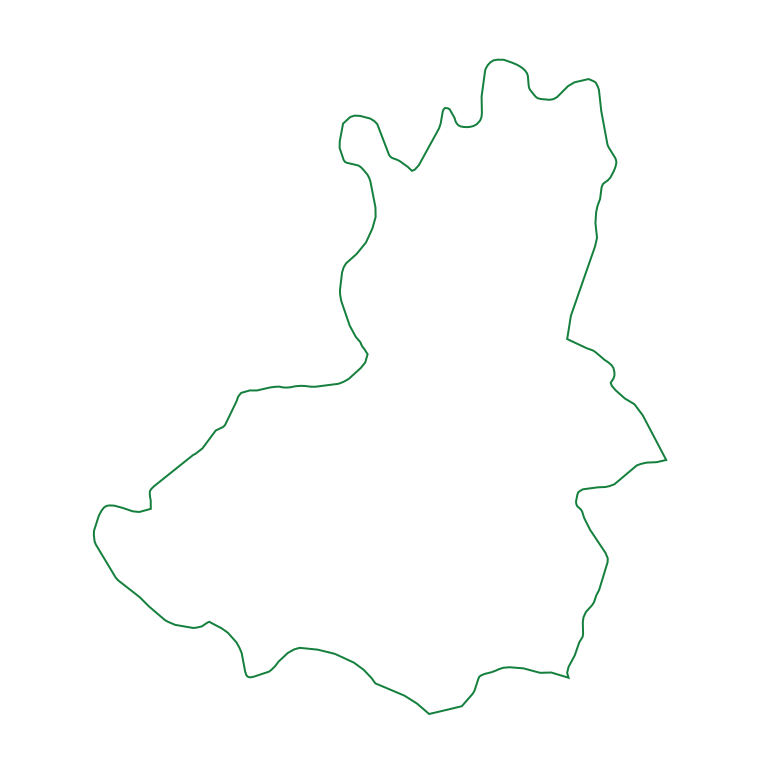 outline of Wardak, rotated 92°
{"feature_id": "AFG-1774", "entity_name": "Wardak", "entity_type": "Province", "adm_level": 1, "iso_a3": "AFG", "parent_name": "Afghanistan", "parent_adm1": "", "projection": "equal_earth", "projection_center": [68.09, 34.238], "detail": "fine", "context": "isolated", "style": "outline", "palette": "green", "viewbox_px": 768, "rotation_deg": 92, "n_neighbors": 0, "source": "natural_earth", "source_scale": "10m", "svg_char_len": 3481}
<svg xmlns="http://www.w3.org/2000/svg" viewBox="0 0 768 768"><g transform="rotate(92 384 384)"><path d="M671.1,189.3L666.5,206.8L667.2,217.9L663.3,234.8L662.7,248.6L663.4,254.7L664.9,259.0L666.5,262.2L668.3,266.5L670.2,273.2L671.6,276.4L673.2,278.5L675.3,279.4L687.5,282.9L690.3,284.4L703.3,295.0L710.1,319.6L712.2,327.4L702.2,339.9L694.7,352.8L683.5,382.2L678.3,386.2L670.2,394.5L663.5,404.4L655.4,423.7L651.8,441.0L650.6,459.1L652.5,464.8L656.2,470.8L665.0,479.6L669.9,483.0L673.8,486.8L675.5,488.9L681.1,504.1L681.8,507.0L681.8,507.9L681.3,509.9L679.8,511.4L676.4,512.7L658.0,516.8L652.6,519.3L647.4,522.4L638.1,531.3L633.8,537.8L628.7,548.5L627.8,549.9L627.9,550.7L628.6,552.1L632.6,557.6L633.9,562.3L634.5,566.1L632.0,584.3L629.1,591.8L627.5,594.8L614.7,610.9L605.5,620.8L589.4,643.0L586.8,645.4L554.5,666.4L551.2,667.8L544.9,668.7L540.8,668.7L525.6,664.4L520.6,662.0L517.2,659.5L516.2,658.1L515.5,657.0L514.9,653.8L515.0,649.3L516.9,641.0L520.0,630.7L520.3,626.7L520.4,623.9L516.9,612.7L508.3,613.1L504.9,613.9L501.1,614.3L499.2,614.2L497.0,612.9L494.4,610.5L461.7,572.4L460.3,569.9L454.7,563.2L436.4,550.6L432.4,543.1L430.5,541.4L406.5,530.8L401.7,529.3L397.9,526.5L395.1,517.8L394.9,510.7L391.5,498.0L390.6,492.9L390.3,488.5L390.9,485.2L391.0,481.5L390.6,477.8L389.3,472.2L388.8,467.8L388.7,463.6L389.3,456.2L389.1,452.3L385.4,429.6L383.4,424.8L380.3,419.6L368.8,407.8L363.1,403.5L354.8,401.4L349.3,405.2L348.1,406.4L345.4,408.1L343.3,408.9L337.8,413.9L326.9,420.3L302.6,429.6L296.7,430.9L291.7,431.3L274.0,429.8L268.9,428.4L264.7,426.1L255.1,416.0L243.3,407.0L229.2,401.1L217.4,398.2L207.8,398.7L181.9,404.7L178.8,405.9L175.4,407.8L170.6,412.1L168.0,414.8L166.5,417.4L164.2,428.9L163.5,430.6L161.6,432.1L149.6,436.6L143.2,436.7L125.2,434.0L118.4,427.1L116.8,422.7L116.9,417.3L119.2,407.0L121.7,402.7L124.5,399.8L155.2,386.8L156.7,385.4L157.8,383.8L159.4,378.9L160.6,376.2L166.1,367.9L170.0,363.5L168.6,360.6L164.1,356.8L126.6,337.9L121.9,336.5L109.6,334.8L107.4,334.0L106.0,332.6L106.2,330.0L107.1,328.0L115.6,322.8L118.6,321.8L120.1,321.1L121.7,319.9L123.0,318.4L123.9,316.4L124.3,313.8L124.4,310.5L124.1,307.3L123.1,303.7L121.2,300.4L117.3,297.1L113.8,295.9L110.0,295.6L93.2,296.5L66.6,293.8L64.0,292.7L61.4,291.2L58.9,289.0L56.8,286.0L55.9,281.7L55.8,275.5L58.3,267.5L60.2,262.4L62.2,258.6L64.1,255.8L66.1,253.7L68.4,252.0L70.9,251.0L81.0,249.8L83.2,249.2L85.1,248.2L91.7,242.4L93.0,240.3L93.7,237.3L94.2,228.5L93.4,224.6L91.2,221.0L79.9,210.5L75.9,204.3L72.1,190.2L74.2,184.8L75.5,182.8L79.2,180.8L82.4,179.5L103.6,176.4L137.0,169.0L139.4,167.9L150.2,160.7L152.5,159.8L154.7,159.5L158.3,160.1L162.6,161.5L169.9,165.0L173.0,167.8L174.9,170.4L176.7,172.3L179.8,173.4L191.5,174.5L198.8,176.9L205.1,178.0L216.0,178.3L230.4,176.2L239.2,177.9L309.3,199.6L332.7,202.5L341.2,182.6L343.2,176.3L344.8,173.7L352.2,164.4L354.8,160.2L357.4,157.1L360.1,155.2L364.5,154.1L367.8,154.0L370.6,154.9L374.9,157.5L377.9,156.2L382.1,152.4L390.0,142.9L395.5,133.0L406.3,124.3L450.1,99.3L452.6,108.8L453.4,118.8L454.9,124.5L456.6,128.6L476.2,150.3L478.2,155.2L479.2,159.1L479.8,166.7L482.3,181.5L483.6,183.7L485.3,186.0L487.5,186.8L494.7,188.0L497.4,187.6L499.4,186.6L502.5,182.9L504.6,181.5L510.9,179.3L522.6,172.9L545.0,156.8L550.4,154.3L554.2,154.3L582.3,161.8L587.7,164.4L594.4,166.4L596.0,167.2L597.9,168.4L604.7,174.2L610.2,176.5L615.2,177.0L626.8,176.3L629.8,176.7L635.3,179.8L648.6,183.9L660.3,189.7L666.3,190.9L671.1,189.3Z" fill="none" stroke="#15803d" stroke-width="2"/></g></svg>